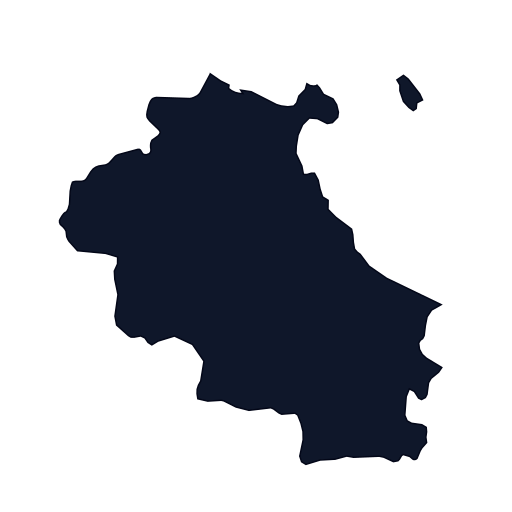 map outline of Grosseto (Natural Earth projection), rotated 188°
{"feature_id": "ITA-5379", "entity_name": "Grosseto", "entity_type": "Province", "adm_level": 1, "iso_a3": "ITA", "parent_name": "Italy", "parent_adm1": "", "projection": "natural_earth1", "projection_center": [11.272, 42.756], "detail": "fine", "context": "isolated", "style": "filled", "palette": "ink", "viewbox_px": 512, "rotation_deg": 188, "n_neighbors": 0, "source": "natural_earth", "source_scale": "10m", "svg_char_len": 2925}
<svg xmlns="http://www.w3.org/2000/svg" viewBox="0 0 512 512"><g transform="rotate(188 256 256)"><path d="M326.6,430.0L315.4,424.4L306.5,421.5L306.5,418.1L303.2,416.3L299.4,415.1L295.5,414.7L291.5,415.0L294.2,418.1L283.6,418.0L256.8,408.8L252.0,408.1L245.3,408.2L239.5,409.7L237.0,413.3L235.8,420.4L230.4,427.7L229.6,433.7L226.2,432.3L222.6,432.3L220.0,433.0L219.4,433.7L216.5,431.3L211.7,425.5L201.6,422.3L197.2,417.0L194.4,409.9L194.4,404.8L198.9,398.7L203.9,397.1L214.3,400.6L222.4,400.1L228.1,392.5L231.2,381.6L231.4,370.5L230.7,363.1L223.1,351.5L220.4,343.4L216.8,343.8L212.7,345.7L209.6,346.1L205.0,339.8L201.9,331.2L198.3,323.8L192.3,321.2L191.2,312.2L182.4,305.5L165.1,295.9L163.1,290.5L161.5,283.1L159.4,276.6L156.3,273.9L153.1,272.2L142.7,261.7L123.6,252.1L65.9,233.6L74.6,226.9L78.1,219.6L78.6,210.9L78.4,200.5L79.5,197.4L81.6,195.4L82.8,192.4L81.1,186.3L77.7,181.7L73.0,178.5L56.5,171.4L59.0,166.4L65.6,159.2L67.5,154.5L67.4,142.8L68.6,139.4L72.1,136.9L75.2,137.9L80.3,143.9L85.7,145.8L87.7,137.7L86.5,119.0L83.4,113.8L78.7,112.0L68.3,112.0L63.6,110.0L62.6,105.6L62.6,100.2L61.1,95.0L65.0,89.1L66.3,86.1L68.4,78.0L69.5,76.9L71.2,76.4L72.4,76.7L75.8,78.9L82.7,79.9L84.1,78.6L85.7,74.7L86.9,73.0L91.3,71.5L101.4,74.6L106.1,74.9L131.4,70.3L138.4,70.5L149.4,65.8L164.1,62.9L177.6,56.6L182.2,58.6L184.8,63.9L183.7,80.5L185.0,88.7L188.1,96.5L192.5,104.3L195.5,105.8L208.6,102.9L211.5,103.8L217.3,107.0L220.2,107.8L241.5,102.2L254.8,103.7L267.8,108.1L270.4,108.3L283.6,105.6L293.7,106.5L295.2,111.4L295.7,115.8L295.0,120.0L293.3,124.5L292.9,144.6L306.6,159.6L325.6,165.4L341.2,158.1L346.8,153.5L350.9,155.4L354.6,159.4L359.0,160.8L365.3,158.7L368.6,158.3L371.2,159.4L384.4,168.2L387.3,176.8L387.3,198.5L392.6,213.3L394.2,221.4L392.0,228.8L392.9,235.8L405.3,237.7L433.5,236.4L443.1,244.5L444.5,246.2L446.1,248.7L447.5,254.1L449.0,256.1L451.0,257.9L454.1,260.0L455.2,261.9L455.5,263.8L455.0,265.5L453.7,268.6L452.2,271.3L451.1,272.5L449.8,273.3L448.6,276.3L447.9,281.2L449.0,294.5L448.7,300.0L448.0,303.6L446.6,304.3L445.0,304.8L439.4,305.6L437.9,306.1L436.8,306.6L436.0,307.2L435.1,308.2L434.4,309.4L431.4,316.2L430.3,318.0L429.3,319.6L427.0,321.7L424.3,323.2L417.7,325.2L416.0,326.2L414.3,327.7L409.7,334.5L408.7,335.7L407.5,336.6L406.1,337.4L387.8,345.2L386.4,345.4L385.2,344.8L382.4,341.4L380.7,340.9L378.7,341.0L376.0,342.4L374.9,344.0L374.7,345.8L375.0,347.4L375.5,349.0L375.8,351.0L375.9,353.1L375.1,356.2L369.7,361.3L368.4,363.4L368.0,365.3L368.8,366.5L369.9,367.6L380.1,375.0L382.3,377.2L383.2,378.4L383.8,380.8L383.8,384.2L383.0,391.0L382.1,394.4L381.0,396.6L379.9,397.7L378.4,398.5L376.8,399.1L343.5,402.7L341.6,403.3L339.5,404.4L336.5,406.5L335.0,408.2L334.0,409.8L326.6,429.9L326.6,430.0ZM125.2,424.4L131.5,429.6L136.5,439.6L137.3,445.4L141.0,450.0L135.1,455.4L129.9,452.4L116.4,439.3L112.8,433.7L118.1,430.0L117.9,424.3L120.5,421.9L125.2,424.4Z" fill="#0f172a" stroke="#020617" stroke-width="1.5"/></g></svg>